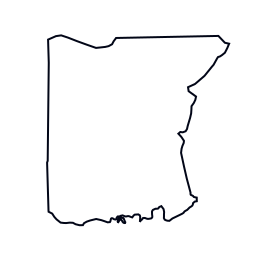 outline of Seberang Perai Selatan, Pulau Pinang, Malaysia, rotated 187°
{"feature_id": "92858781B33642984560897", "entity_name": "Seberang Perai Selatan", "entity_type": "district", "adm_level": 2, "iso_a3": "MYS", "parent_name": "Malaysia", "parent_adm1": "Pulau Pinang", "projection": "orthographic", "projection_center": [100.455, 5.21], "detail": "fine", "context": "isolated", "style": "outline", "palette": "ink", "viewbox_px": 256, "rotation_deg": 187, "n_neighbors": 0, "source": "geoboundaries", "source_scale": "gbopen_adm2", "svg_char_len": 2174}
<svg xmlns="http://www.w3.org/2000/svg" viewBox="0 0 256 256"><g transform="rotate(187 128 128)"><path d="M204.1,83.9L196.8,36.1L196.6,35.2L192.8,33.8L190.3,30.8L187.8,28.6L183.4,25.9L180.4,25.9L177.9,26.1L174.1,27.0L171.1,27.2L168.3,26.1L164.2,25.6L160.9,26.1L160.1,28.1L157.6,30.0L154.3,31.6L148.5,33.8L143.3,33.3L140.3,32.7L136.7,31.9L134.5,32.4L134.1,33.4L134.0,34.6L133.8,35.9L133.4,36.4L132.2,36.5L131.0,35.8L129.4,35.6L128.4,36.3L128.3,37.6L127.5,38.9L126.4,39.1L125.9,37.6L126.3,36.8L126.8,35.8L126.9,34.9L126.9,34.1L126.6,33.4L126.2,33.3L125.8,34.2L125.0,35.9L123.6,36.1L122.9,35.6L122.1,34.4L121.1,33.5L120.1,33.2L119.3,33.4L119.2,34.2L119.7,34.8L120.1,35.6L120.5,36.3L121.2,37.6L121.8,38.1L122.5,38.1L123.4,38.2L124.5,37.9L124.8,39.5L124.7,39.9L123.8,40.2L122.8,40.6L121.9,40.4L120.5,40.0L119.3,39.9L117.5,40.5L116.4,40.6L113.5,39.9L112.9,39.8L111.7,41.9L110.8,42.8L109.8,43.0L107.2,43.5L105.6,42.7L105.1,41.4L104.9,39.8L104.8,37.1L104.4,37.0L104.0,37.9L103.2,38.6L102.5,39.7L102.2,40.4L101.2,40.7L99.9,40.7L98.5,40.3L97.2,40.2L96.2,40.4L94.9,40.8L93.8,41.2L93.1,42.2L93.1,43.3L93.6,45.3L93.8,46.6L94.0,47.9L93.7,49.0L93.2,49.8L90.9,51.2L89.3,51.4L88.2,51.8L87.7,52.7L87.3,53.4L86.4,53.9L85.4,54.5L82.8,51.8L81.9,49.0L81.8,47.0L81.5,44.5L81.4,43.0L80.4,41.5L78.9,41.0L77.6,40.8L75.6,40.9L72.9,43.6L66.7,47.6L63.8,49.5L62.6,50.5L61.7,52.1L60.7,52.9L59.2,54.0L57.2,56.6L55.8,57.7L54.7,58.8L54.3,60.0L54.3,61.3L52.8,63.1L50.8,63.7L51.3,67.3L52.9,67.4L54.3,67.6L55.2,68.5L55.9,68.8L57.5,69.3L57.9,70.0L58.1,71.6L63.5,85.0L67.6,96.3L72.3,109.8L72.3,113.9L71.8,116.9L70.9,119.9L70.9,122.1L74.0,125.7L77.3,128.5L75.6,130.4L73.1,130.4L70.4,131.8L69.3,134.2L69.0,137.3L67.6,145.5L67.1,150.2L67.3,153.8L67.6,157.4L65.7,160.9L64.6,164.2L64.3,167.5L72.3,171.9L73.4,175.8L66.8,179.9L58.4,189.1L52.1,199.2L50.8,201.1L48.0,208.0L47.3,209.4L45.5,210.2L43.6,211.8L41.0,214.5L39.2,219.4L37.9,224.0L42.2,224.4L49.5,230.4L150.8,215.9L151.0,215.5L152.8,212.4L154.0,209.2L157.2,206.9L160.5,205.7L166.0,204.4L169.5,203.6L179.2,205.7L189.2,208.0L198.6,210.4L205.6,211.8L210.7,210.4L218.1,206.0L214.6,183.1L203.7,85.6L204.1,83.9Z" fill="none" stroke="#020617" stroke-width="2"/></g></svg>